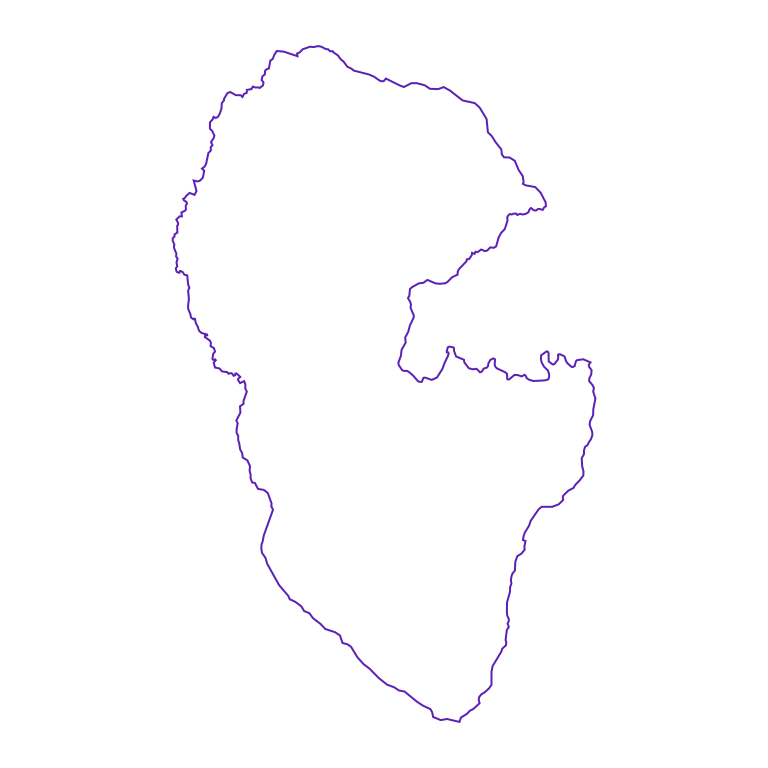 Mapoteng, Berea, Lesotho
{"feature_id": "5366337B76101580531091", "entity_name": "Mapoteng", "entity_type": "district", "adm_level": 2, "iso_a3": "LSO", "parent_name": "Lesotho", "parent_adm1": "Berea", "projection": "robinson", "projection_center": [27.99, -29.125], "detail": "fine", "context": "isolated", "style": "outline", "palette": "violet", "viewbox_px": 768, "rotation_deg": 0, "n_neighbors": 0, "source": "geoboundaries", "source_scale": "gbopen_adm2", "svg_char_len": 6067}
<svg xmlns="http://www.w3.org/2000/svg" viewBox="0 0 768 768"><path d="M459.4,721.9L461.0,717.5L467.0,713.8L469.9,710.7L473.3,709.0L479.6,703.2L478.7,699.8L479.2,696.9L481.5,694.2L484.6,692.4L488.9,688.5L491.5,684.8L491.5,671.8L492.6,666.1L501.3,651.7L502.1,648.9L505.9,645.3L506.3,642.7L505.6,640.1L506.8,630.1L508.8,627.0L507.6,623.5L508.7,621.3L508.8,618.9L507.3,615.7L506.9,612.5L507.0,602.5L509.9,592.2L510.2,586.8L511.4,583.7L510.9,580.0L511.5,576.3L512.4,573.6L514.9,570.6L515.3,561.9L517.3,556.2L521.2,553.8L524.6,549.8L524.4,546.3L525.5,541.0L522.9,540.0L523.6,536.3L524.9,532.4L529.0,525.8L530.7,520.8L538.7,509.2L541.7,506.8L552.2,506.8L558.6,504.4L563.2,499.9L562.8,497.6L563.2,495.6L568.4,490.6L573.4,488.0L575.4,484.8L579.7,480.3L583.3,475.6L583.5,471.4L582.2,466.4L581.7,458.2L584.0,454.1L584.0,450.4L585.0,447.0L587.7,444.9L588.5,442.9L591.0,439.1L592.4,435.1L592.2,432.0L589.6,424.8L590.1,421.1L593.1,415.3L593.3,409.3L595.4,398.4L593.2,391.7L593.9,388.0L592.6,385.2L589.1,381.0L589.3,378.3L591.2,374.5L591.6,370.2L589.2,367.0L588.7,364.9L590.5,362.4L583.3,359.3L578.0,360.0L576.6,360.4L575.8,361.7L574.6,366.1L572.9,367.0L571.4,366.8L567.2,363.0L566.1,361.3L564.8,357.1L563.9,356.0L559.8,354.2L558.1,354.6L557.9,355.2L558.3,356.4L558.0,359.5L554.3,364.2L552.7,364.5L548.7,361.4L548.6,353.2L547.8,351.7L546.6,351.4L541.1,355.3L540.9,359.4L541.7,362.5L544.1,366.8L547.9,370.4L549.0,373.9L549.2,376.9L548.2,379.4L544.8,380.4L533.3,381.0L528.6,379.5L526.5,378.0L526.2,376.5L524.7,374.8L521.6,376.4L517.9,375.1L514.5,374.9L509.1,379.4L507.7,379.4L507.2,378.8L507.0,373.9L505.3,372.3L496.8,368.3L495.5,366.9L494.7,365.1L495.0,359.5L494.4,358.8L493.5,358.4L490.3,359.9L488.4,363.4L488.0,366.1L486.9,367.6L483.7,368.6L481.8,371.6L480.0,372.3L476.6,368.8L473.2,369.3L468.9,368.3L464.3,362.4L464.0,359.8L456.1,356.5L454.0,350.8L454.0,348.1L453.4,347.4L449.2,346.6L447.9,347.2L446.8,350.8L446.8,352.3L448.3,352.4L448.6,353.3L448.1,355.6L444.7,362.7L442.3,369.1L436.9,377.6L431.7,379.9L425.2,377.6L423.5,377.8L421.8,381.9L419.8,381.9L418.2,381.4L413.0,375.5L408.9,371.9L406.9,370.9L403.7,370.9L402.1,370.1L398.7,365.0L398.4,362.5L400.9,355.9L401.6,349.7L405.7,342.6L405.2,337.5L408.2,331.9L409.9,325.5L413.7,317.5L413.8,315.5L410.5,307.7L411.0,304.6L410.3,302.1L408.0,298.1L409.3,295.8L410.0,289.0L411.8,287.3L418.7,283.4L423.4,282.8L427.4,279.9L435.6,283.4L439.8,283.8L445.6,283.2L448.0,281.5L451.9,277.4L457.6,274.6L457.7,271.6L459.1,269.0L466.4,261.3L466.8,259.3L469.0,259.1L471.7,255.3L472.1,252.8L474.5,253.9L475.6,251.7L477.7,252.1L481.2,249.5L484.8,251.1L487.1,250.6L490.3,247.4L493.8,247.8L496.1,246.4L498.8,237.1L501.3,232.7L504.8,229.0L507.5,220.7L507.2,217.3L508.5,215.1L510.0,214.0L511.7,214.5L513.9,213.6L516.2,213.6L517.3,215.0L520.1,213.8L522.7,214.5L525.6,213.9L528.3,212.4L529.3,209.9L530.9,208.0L533.7,210.2L535.9,210.6L537.8,209.1L539.7,209.0L542.7,209.9L543.9,207.7L545.9,206.2L545.7,202.5L540.6,192.7L535.3,187.1L525.5,185.3L522.9,183.8L523.6,181.9L522.7,176.1L518.5,169.7L514.8,160.8L509.5,157.5L504.0,157.3L501.9,154.5L501.3,149.4L495.4,141.9L491.9,136.2L487.9,132.3L486.6,119.1L479.6,107.5L474.7,103.1L462.6,100.4L450.0,90.6L443.7,87.1L438.2,89.1L430.0,88.8L424.8,85.3L417.0,83.2L411.3,83.2L403.9,87.0L400.3,85.7L385.9,78.6L383.7,81.2L380.4,81.1L373.9,76.6L369.0,74.5L353.8,70.6L351.7,68.8L347.3,66.7L343.4,61.4L340.9,59.5L337.9,55.4L333.3,52.3L332.8,51.2L329.9,51.2L328.2,49.3L325.9,49.1L321.3,46.7L318.2,46.1L313.3,47.1L310.2,46.7L302.6,49.3L299.8,52.3L297.1,53.5L297.5,56.2L283.7,51.6L276.8,51.0L274.4,54.7L272.7,59.0L270.4,60.5L268.9,68.4L266.0,69.6L264.9,71.3L264.9,74.3L262.4,76.4L261.6,80.0L263.5,82.4L263.0,85.4L259.6,88.0L258.2,87.4L255.1,87.5L252.9,86.6L251.4,89.1L246.9,89.9L246.7,92.9L243.9,94.0L242.5,97.0L240.6,95.2L235.9,95.2L230.2,92.0L227.4,93.1L223.9,99.1L224.0,100.3L221.8,103.2L221.5,108.4L219.8,113.6L217.9,116.9L215.8,118.0L213.6,116.9L212.6,119.4L210.0,122.3L209.9,128.7L212.3,131.1L214.4,135.7L213.5,138.4L211.0,142.1L212.5,145.1L210.7,147.1L210.9,150.4L208.4,153.0L206.1,163.9L204.9,166.3L202.0,168.6L204.2,170.7L202.8,177.8L199.7,180.9L197.1,181.4L193.7,180.5L196.5,191.1L194.5,194.9L189.6,192.9L186.3,195.8L184.8,198.0L183.2,198.9L183.9,200.3L186.4,201.9L187.0,203.4L185.7,205.8L185.9,209.4L185.4,210.5L181.4,212.5L181.9,216.4L179.6,216.4L176.3,219.5L178.2,223.2L178.1,224.7L177.2,225.7L177.3,232.6L174.6,234.3L174.5,236.5L172.8,238.1L172.6,240.4L174.4,244.9L173.9,246.4L174.2,248.4L176.4,253.7L176.1,256.5L177.6,258.7L176.5,262.4L177.2,266.4L175.8,268.3L176.4,271.1L176.8,271.9L179.0,272.8L179.5,272.7L179.8,271.1L180.7,271.0L182.7,272.1L184.4,274.7L187.2,275.4L188.1,284.3L189.3,287.9L188.1,290.7L188.9,299.0L188.1,305.4L188.2,308.9L190.4,314.3L191.0,317.5L193.4,319.3L194.2,318.6L195.0,318.8L195.7,322.9L198.0,327.1L198.4,329.1L199.4,331.1L201.6,333.0L207.0,334.5L207.2,335.3L205.1,335.6L204.8,337.0L209.9,340.6L210.9,342.7L210.6,346.2L214.0,348.1L215.0,351.6L213.2,353.9L212.4,358.8L212.9,359.7L214.0,359.9L214.9,359.3L215.8,360.2L213.7,362.7L215.0,367.5L219.6,368.5L222.0,371.4L227.1,372.1L228.6,373.8L230.2,373.1L231.9,373.4L233.6,375.8L235.2,375.2L235.2,373.8L236.5,373.4L240.3,376.9L238.3,378.6L237.9,379.7L240.1,383.1L244.1,381.1L245.3,384.2L245.3,388.5L246.8,391.6L243.5,401.0L243.5,403.9L240.0,406.3L240.4,412.7L236.3,420.5L237.7,423.3L236.6,429.3L236.6,432.9L238.2,435.9L238.2,440.1L239.3,443.7L240.2,449.6L242.1,452.9L242.7,457.5L247.4,460.4L250.0,466.2L249.6,470.6L250.7,475.2L250.5,478.1L252.1,482.4L254.9,483.0L258.0,488.9L263.8,489.9L267.8,493.0L271.6,503.6L271.3,506.2L273.0,509.8L263.8,535.4L262.7,541.3L261.6,544.2L261.3,548.8L262.1,553.0L265.5,557.9L267.2,563.8L279.1,585.1L288.3,595.9L289.7,599.2L295.2,601.8L301.4,606.4L304.1,611.0L309.4,613.2L313.0,618.2L320.6,624.0L325.3,629.0L335.0,632.2L340.0,635.5L342.5,643.0L347.5,644.3L351.1,646.9L357.5,657.4L363.4,664.0L369.8,668.9L378.7,678.0L387.0,684.6L394.0,687.2L399.0,690.5L404.5,691.5L416.8,701.6L423.2,705.8L430.4,709.1L432.1,712.1L433.2,717.0L440.8,720.1L447.0,719.0L459.4,721.9Z" fill="none" stroke="#5b21b6" stroke-width="2"/></svg>